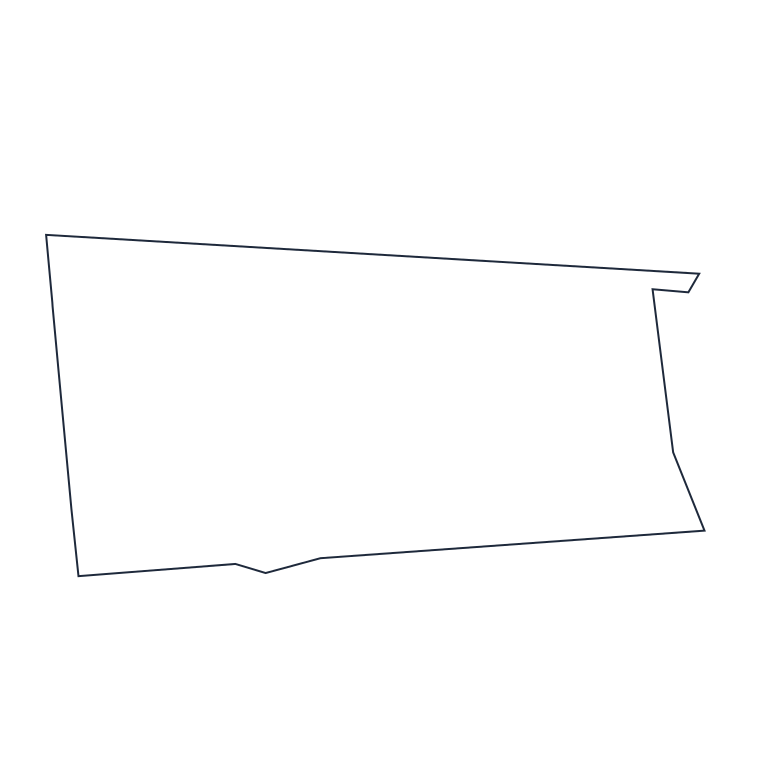 the district of Todd, Kentucky, United States of America, rotated 85°
{"feature_id": "52423323B26851239767625", "entity_name": "Todd", "entity_type": "district", "adm_level": 2, "iso_a3": "USA", "parent_name": "United States of America", "parent_adm1": "Kentucky", "projection": "robinson", "projection_center": [-87.184, 36.857], "detail": "fine", "context": "isolated", "style": "outline", "palette": "slate", "viewbox_px": 768, "rotation_deg": 85, "n_neighbors": 0, "source": "geoboundaries", "source_scale": "gbopen_adm2", "svg_char_len": 378}
<svg xmlns="http://www.w3.org/2000/svg" viewBox="0 0 768 768"><g transform="rotate(85 384 384)"><path d="M481.3,706.3L548.8,705.1L550.3,547.8L562.0,518.4L552.0,462.5L558.0,77.5L477.3,101.9L313.0,108.2L319.2,72.8L301.6,60.4L206.0,707.6L232.2,707.5L273.9,707.3L277.7,707.4L316.0,707.2L336.7,707.1L337.4,707.1L481.3,706.3Z" fill="none" stroke="#1e293b" stroke-width="2"/></g></svg>